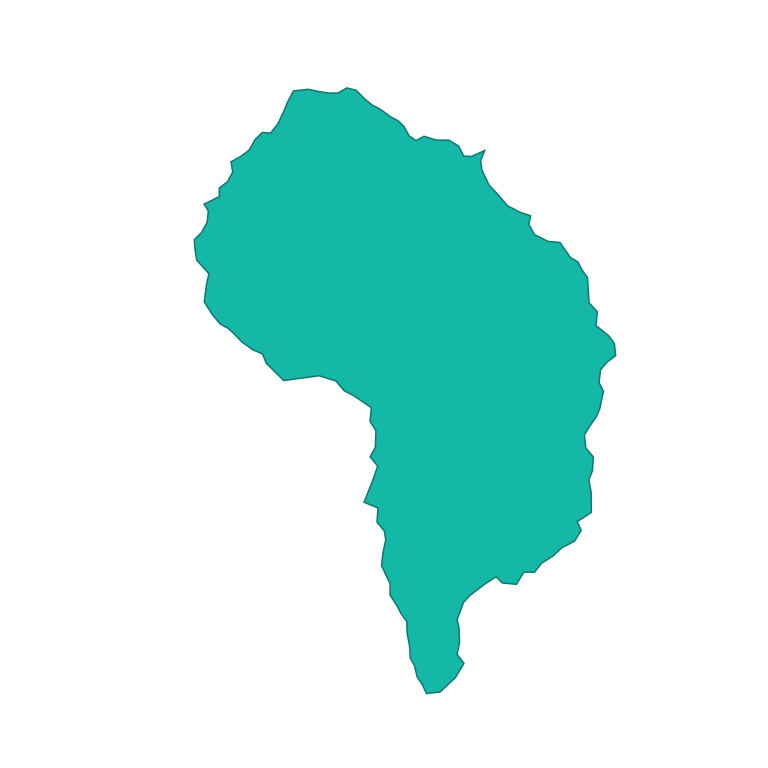 Santa Helena, Paraíba, Brazil, rotated 208°
{"feature_id": "56859067B39303550604854", "entity_name": "Santa Helena", "entity_type": "district", "adm_level": 2, "iso_a3": "BRA", "parent_name": "Brazil", "parent_adm1": "Paraíba", "projection": "robinson", "projection_center": [-38.585, -6.713], "detail": "fine", "context": "isolated", "style": "filled", "palette": "teal", "viewbox_px": 768, "rotation_deg": 208, "n_neighbors": 0, "source": "geoboundaries", "source_scale": "gbopen_adm2", "svg_char_len": 1899}
<svg xmlns="http://www.w3.org/2000/svg" viewBox="0 0 768 768"><g transform="rotate(208 384 384)"><path d="M192.8,517.9L199.5,527.8L207.9,532.0L224.2,535.1L229.6,548.0L240.9,551.8L254.4,573.6L262.7,577.6L270.0,582.8L278.8,583.2L295.2,591.6L306.1,586.9L321.2,586.6L331.1,592.9L333.4,601.3L344.9,599.4L358.7,599.4L371.9,604.6L384.9,609.1L397.9,618.8L403.4,626.2L404.7,637.4L413.8,625.8L420.7,622.6L429.6,629.1L441.1,629.8L452.5,623.9L465.0,621.5L470.0,613.8L478.5,615.0L486.9,620.6L494.9,623.0L503.8,623.0L516.0,624.8L525.8,624.8L534.7,626.6L546.6,630.3L555.8,628.0L561.1,619.4L568.8,615.2L577.6,612.0L589.3,608.6L601.5,600.3L601.5,587.8L600.6,579.2L599.8,564.2L602.0,552.3L609.6,548.9L612.5,539.4L613.0,526.9L617.4,517.6L623.4,508.4L617.1,500.1L617.1,489.3L621.4,479.7L617.4,472.2L627.3,458.3L620.3,454.3L616.1,443.7L616.2,432.0L619.3,422.3L613.0,412.6L607.3,405.3L599.5,402.5L590.4,399.2L587.3,388.1L581.2,372.0L567.7,364.5L556.6,360.0L548.1,360.0L540.4,358.1L529.3,354.4L516.0,352.6L505.4,353.5L497.7,347.0L474.1,340.0L445.0,360.9L437.4,362.3L427.9,364.1L416.1,359.4L404.7,359.4L384.1,357.1L378.7,344.3L369.3,339.1L362.0,324.3L362.0,313.1L351.1,308.6L348.8,294.4L346.1,270.2L331.1,271.7L325.3,258.7L314.7,254.4L309.3,247.2L305.8,234.7L300.9,222.5L291.1,215.1L284.9,210.6L279.6,200.5L267.9,193.9L261.4,189.4L252.5,185.0L246.6,174.9L238.2,164.3L232.0,154.2L224.7,149.5L217.2,140.9L209.1,136.6L201.1,130.6L189.9,138.4L183.1,158.4L182.3,174.9L192.5,179.6L196.1,191.5L203.4,204.1L208.8,210.2L211.2,228.3L209.2,236.9L201.4,254.0L194.5,266.5L186.3,263.8L173.0,269.3L172.2,283.6L162.8,288.3L160.7,299.8L153.8,311.9L150.1,323.0L142.0,334.6L141.2,347.3L148.8,353.1L140.7,367.9L150.1,385.4L158.2,395.6L159.2,405.2L164.9,417.8L175.8,422.3L183.1,433.1L182.6,443.2L181.1,455.1L182.0,463.9L186.8,480.6L194.6,486.1L199.5,498.1L197.4,507.8L192.8,517.9Z" fill="#14b8a6" stroke="#0f766e" stroke-width="1.5"/></g></svg>